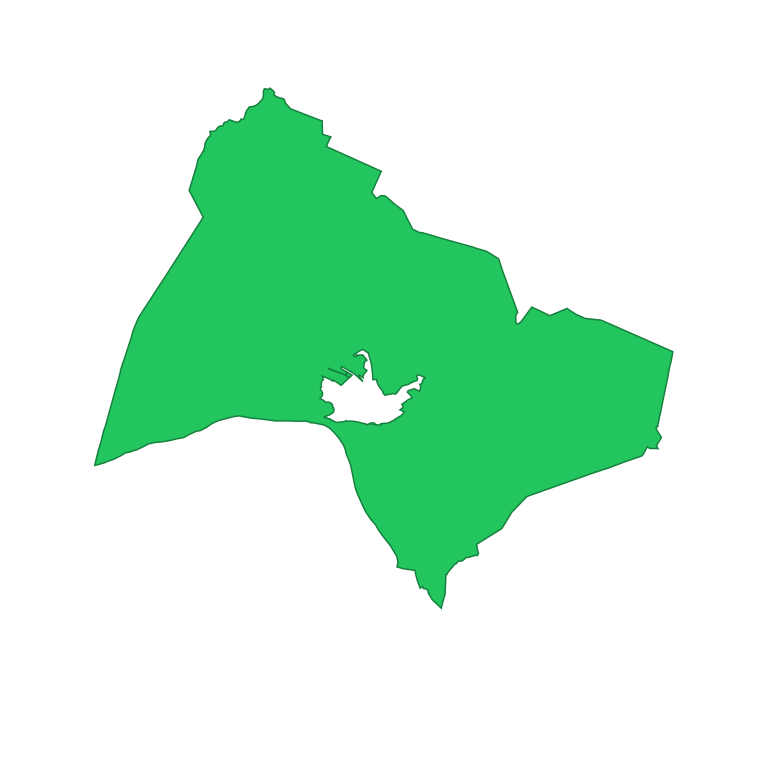 Kokneses pag., Kokneses, Latvia (Albers equal-area conic projection), rotated 28°
{"feature_id": "27541924B28822994626214", "entity_name": "Kokneses pag.", "entity_type": "district", "adm_level": 2, "iso_a3": "LVA", "parent_name": "Latvia", "parent_adm1": "Kokneses", "projection": "albers", "projection_center": [25.417, 56.656], "detail": "fine", "context": "isolated", "style": "filled", "palette": "green", "viewbox_px": 768, "rotation_deg": 28, "n_neighbors": 0, "source": "geoboundaries", "source_scale": "gbopen_adm2", "svg_char_len": 6135}
<svg xmlns="http://www.w3.org/2000/svg" viewBox="0 0 768 768"><g transform="rotate(28 384 384)"><path d="M623.9,219.9L545.8,225.7L530.7,231.7L522.2,232.2L521.7,232.5L510.1,231.4L498.4,245.8L478.4,246.7L476.0,263.2L476.1,263.3L476.0,263.6L474.8,267.4L472.3,268.6L470.4,265.8L468.1,261.6L468.4,258.0L436.6,229.4L426.5,219.7L412.3,218.7L400.7,221.1L399.4,221.2L367.3,228.2L347.7,232.2L343.5,233.7L336.5,233.8L319.4,221.8L309.2,220.3L300.0,218.0L296.7,217.5L293.0,219.0L290.2,223.8L283.3,220.6L281.7,197.5L221.6,201.4L221.1,195.0L221.1,190.8L212.9,192.4L212.4,192.2L205.8,180.6L204.2,181.1L172.3,184.9L165.1,182.3L162.9,180.0L162.1,179.5L159.4,179.6L158.5,180.4L157.7,180.5L155.4,180.5L153.9,180.9L153.0,180.5L151.6,180.7L150.7,180.0L150.7,178.5L150.4,178.0L149.7,177.5L144.7,176.3L144.2,176.6L143.8,178.0L143.3,178.3L139.8,179.4L139.9,181.3L140.2,182.2L142.3,186.5L142.8,188.9L142.8,190.2L142.4,191.4L141.4,195.5L140.6,197.2L140.0,198.2L138.0,200.5L135.3,202.4L134.8,203.3L134.8,204.7L134.3,206.4L134.5,207.1L134.4,207.6L134.7,208.5L134.4,209.9L135.3,211.5L135.2,213.0L135.6,214.3L135.7,215.1L135.5,216.1L134.4,216.8L133.4,217.1L133.4,217.7L133.7,218.6L133.7,219.0L133.0,219.5L132.9,219.8L133.1,220.2L132.4,221.3L130.6,222.2L123.2,223.4L122.9,225.0L122.2,226.4L120.6,227.5L120.5,228.5L120.3,229.0L120.0,229.1L120.6,231.7L118.3,233.1L117.3,234.2L116.7,236.1L116.6,238.2L115.7,240.1L114.8,240.9L111.7,242.7L113.5,244.8L114.1,246.4L113.2,249.0L113.0,250.4L113.0,255.6L114.3,258.5L114.9,261.6L115.5,262.8L115.0,263.0L114.9,267.5L114.3,272.7L116.6,281.6L121.1,304.6L146.1,321.6L140.5,391.0L138.8,408.9L138.0,419.8L137.5,423.4L137.4,426.6L136.9,430.4L136.2,440.5L136.2,442.2L137.2,452.4L137.5,454.4L137.5,455.4L138.9,460.9L143.5,487.0L143.3,487.2L145.0,495.6L145.7,497.6L146.6,501.9L146.7,501.5L149.3,513.9L149.3,514.9L149.6,515.3L157.8,552.0L158.3,556.4L160.6,565.4L160.8,565.7L162.0,572.1L162.3,572.7L162.9,576.6L166.8,591.7L170.6,588.4L173.6,584.9L173.9,585.2L174.8,583.8L181.0,576.9L186.2,569.6L187.8,566.4L191.5,563.4L193.8,560.8L196.3,558.6L202.2,550.5L203.9,547.7L209.3,543.1L213.9,540.2L219.9,535.7L228.0,528.7L232.4,525.3L235.5,520.3L240.4,513.9L243.9,511.2L248.0,505.2L249.7,501.4L252.1,497.7L255.6,493.5L266.4,483.5L271.0,480.2L282.5,476.6L292.7,472.3L305.6,467.5L316.7,461.6L326.3,456.9L331.1,454.1L335.1,452.7L337.0,452.8L339.7,451.5L350.4,448.3L357.1,448.5L363.7,450.6L369.6,453.0L376.4,456.7L379.3,458.9L381.3,460.9L383.5,463.4L392.3,470.9L406.8,488.4L409.0,490.7L412.7,493.9L422.6,501.7L428.0,505.5L435.0,509.3L443.2,512.6L447.3,515.3L453.8,518.6L465.6,523.8L476.4,530.3L480.0,534.8L481.4,539.4L488.0,538.0L499.0,534.0L501.5,537.3L505.2,541.4L511.8,547.3L512.3,546.3L513.4,544.6L514.8,546.1L518.4,545.0L521.6,547.3L521.2,547.8L521.3,547.9L527.2,551.4L529.4,552.2L539.8,555.1L538.0,547.7L537.2,543.5L536.4,541.0L536.6,540.9L528.0,522.9L528.9,522.7L529.1,518.7L530.7,512.2L530.8,510.5L532.2,508.6L532.4,507.6L532.3,507.4L532.8,505.7L535.9,503.6L537.1,501.3L537.3,500.6L537.3,499.5L540.6,496.8L545.5,492.0L547.0,491.7L546.9,489.2L546.7,489.3L541.0,482.1L555.9,456.3L556.9,440.2L557.0,437.3L559.3,429.5L561.0,423.0L562.8,417.0L563.3,415.9L612.3,362.3L612.5,362.3L619.6,354.6L619.8,354.8L632.5,340.4L645.7,326.1L646.0,320.7L645.9,317.6L645.9,316.0L648.9,316.1L656.3,312.4L654.7,311.5L653.5,310.2L654.1,301.4L653.7,300.7L645.4,296.0L644.7,293.6L645.6,293.2L642.2,282.0L641.8,280.1L639.0,271.0L631.7,245.8L628.3,235.3L627.0,229.7L623.9,219.9ZM408.3,379.2L408.5,380.3L412.2,381.3L415.2,383.1L415.1,383.4L412.8,386.3L411.6,389.0L409.3,393.5L411.1,394.6L411.9,395.8L410.2,399.4L415.1,399.0L413.9,404.3L412.5,406.0L410.3,410.0L410.6,410.1L406.5,415.9L405.2,417.2L402.5,418.7L399.8,420.6L400.7,421.4L399.2,422.4L396.3,423.5L395.1,424.3L394.3,422.9L393.5,423.4L394.2,424.3L393.2,424.7L392.5,423.7L391.0,424.2L390.2,425.2L390.9,425.7L389.0,426.6L387.9,428.1L386.1,427.9L383.7,428.7L380.3,429.4L375.9,430.8L375.6,431.1L373.8,431.5L368.1,434.4L367.6,434.3L367.6,434.6L367.3,435.2L366.3,435.9L365.7,436.8L365.0,436.8L364.8,437.1L362.9,438.3L360.5,440.1L358.2,440.5L357.0,440.2L356.1,440.4L353.6,440.4L352.2,440.1L351.2,440.7L349.1,440.9L346.9,441.6L346.6,441.5L347.0,440.6L348.5,439.2L349.4,437.8L350.3,437.2L351.1,435.5L352.3,433.5L352.5,432.2L352.1,430.5L351.0,429.0L350.6,429.0L350.3,428.4L349.8,428.4L348.9,427.7L348.7,427.1L348.5,426.9L347.5,426.2L345.9,425.7L343.9,425.9L341.9,427.0L340.4,427.4L338.3,426.8L334.9,426.9L334.2,426.7L334.4,425.9L334.8,424.9L334.9,423.1L334.7,422.2L333.6,420.4L332.5,419.6L330.6,418.7L330.1,418.1L329.8,417.4L330.1,416.3L330.0,415.7L328.6,413.8L328.0,411.3L327.6,410.6L328.5,408.6L325.8,406.0L332.4,405.3L337.7,405.4L337.4,404.5L338.6,404.3L346.8,405.3L350.1,395.4L346.5,394.2L328.0,396.6L327.8,396.2L346.3,394.0L346.3,393.8L346.0,392.8L345.5,392.4L345.6,392.0L346.0,392.1L345.9,392.4L346.6,394.0L350.3,395.1L351.7,391.2L345.8,390.8L338.9,390.8L338.5,388.7L343.6,388.5L352.0,388.9L357.4,389.9L361.4,391.2L361.7,390.8L362.3,390.9L364.3,392.2L362.4,390.7L358.9,389.3L357.7,389.1L357.8,387.6L362.5,388.2L361.9,387.5L361.7,386.4L361.8,384.2L362.0,382.7L362.7,380.5L362.3,379.9L359.5,379.7L358.3,379.0L357.2,376.0L356.5,372.9L357.8,371.2L356.5,370.3L356.4,370.5L352.0,368.4L351.0,368.6L350.4,369.2L348.6,369.8L347.6,371.2L347.5,371.6L346.2,370.9L345.6,373.6L343.3,372.9L345.8,368.3L348.5,363.9L348.7,363.4L355.4,364.0L355.6,363.8L356.3,364.8L361.7,370.3L364.6,373.8L370.3,382.2L372.0,385.2L372.5,384.8L372.7,385.2L373.2,385.0L374.5,383.6L375.0,383.4L377.9,386.5L379.6,387.8L382.0,389.2L383.5,389.6L383.4,389.8L384.6,390.1L384.7,390.4L387.0,391.6L387.2,392.1L388.3,392.7L388.2,392.8L389.9,393.4L391.0,392.8L392.4,391.5L394.8,389.7L396.1,388.5L396.4,388.0L398.2,387.9L399.0,387.4L399.5,386.0L400.3,380.3L401.0,377.8L401.6,376.6L405.3,373.4L406.0,372.5L407.6,369.3L408.1,369.5L408.8,368.3L411.5,365.4L411.4,365.3L411.5,364.4L411.3,363.9L409.1,361.5L409.6,360.0L412.9,359.2L413.1,359.4L417.2,359.1L417.4,360.7L416.4,360.9L417.1,366.0L417.7,365.5L416.3,367.2L415.8,367.4L417.1,368.4L417.5,369.1L418.7,372.2L418.8,373.7L413.0,373.9L408.8,378.3L408.3,379.2Z" fill="#22c55e" stroke="#15803d" stroke-width="1.5"/></g></svg>